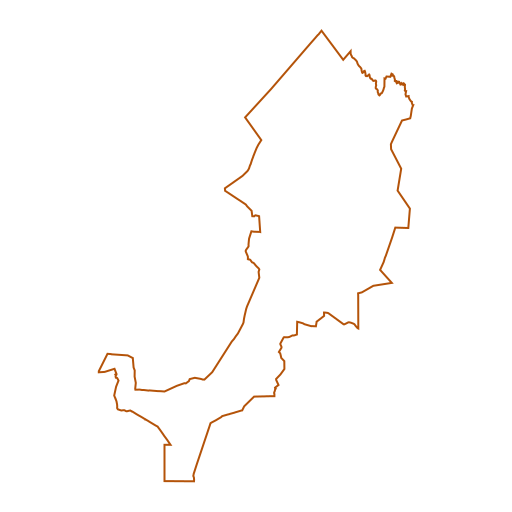 the district of Asunción Ixtaltepec, Oaxaca, Mexico
{"feature_id": "50627088B96030209859485", "entity_name": "Asunción Ixtaltepec", "entity_type": "district", "adm_level": 2, "iso_a3": "MEX", "parent_name": "Mexico", "parent_adm1": "Oaxaca", "projection": "equal_earth", "projection_center": [-94.983, 16.644], "detail": "fine", "context": "isolated", "style": "outline", "palette": "amber", "viewbox_px": 512, "rotation_deg": 0, "n_neighbors": 0, "source": "geoboundaries", "source_scale": "gbopen_adm2", "svg_char_len": 5833}
<svg xmlns="http://www.w3.org/2000/svg" viewBox="0 0 512 512"><path d="M278.5,385.0L276.2,380.0L276.1,379.0L280.4,374.5L284.4,369.0L284.3,361.1L281.3,358.0L281.1,357.2L280.8,355.7L280.2,353.3L278.9,352.0L279.5,351.0L280.4,349.5L281.4,347.9L281.5,347.4L281.5,347.0L281.3,346.4L280.4,344.4L280.3,344.0L280.3,343.7L281.2,342.0L283.7,337.4L284.1,337.2L287.0,337.3L288.2,337.2L289.5,336.9L292.1,335.6L292.7,335.4L293.6,335.5L294.6,335.3L296.9,334.5L296.9,333.9L297.2,321.8L299.8,322.4L302.2,323.1L302.9,323.3L304.4,324.2L311.3,326.2L311.7,326.1L315.9,326.3L316.6,322.0L316.6,321.7L324.1,315.9L324.0,312.5L324.7,312.5L327.6,312.9L328.4,313.2L343.6,324.3L344.1,324.4L345.7,323.7L348.4,322.3L349.2,322.3L350.6,322.6L352.8,323.4L353.9,323.9L354.6,324.4L355.3,325.5L357.0,327.5L357.7,328.2L358.3,328.5L358.2,295.9L358.1,293.3L361.8,292.4L373.3,285.8L391.8,282.9L380.1,269.9L383.6,262.2L384.5,259.3L384.9,257.8L385.8,255.8L392.1,237.6L395.3,227.6L408.3,228.0L409.9,208.6L397.6,190.6L401.2,168.7L391.1,149.2L390.9,144.2L391.9,141.9L402.0,120.5L406.0,119.5L410.2,118.3L410.8,115.8L411.3,112.4L411.9,108.5L413.2,105.2L412.7,105.2L411.8,102.8L411.9,101.8L410.9,101.2L409.4,99.0L408.6,96.9L408.6,96.1L406.2,96.5L405.5,94.3L406.1,91.1L405.3,91.1L404.8,90.4L405.1,89.2L404.8,87.0L405.0,84.7L404.7,84.5L404.5,84.2L404.1,84.5L403.8,84.8L403.4,84.9L403.3,83.3L402.2,83.6L402.2,84.2L401.5,84.3L401.4,84.1L401.2,84.7L401.1,84.0L400.6,84.6L400.3,84.5L400.2,83.4L400.1,83.1L399.8,82.9L399.4,82.9L399.1,82.4L399.1,81.8L398.5,81.7L398.4,82.6L396.8,83.3L396.4,82.3L396.8,81.7L396.4,81.0L395.8,81.0L395.5,81.4L394.8,81.0L394.9,79.4L394.3,77.7L394.3,76.9L393.7,75.8L392.3,75.7L392.7,74.4L391.5,73.7L390.3,76.8L386.5,76.5L385.5,78.7L384.5,78.4L384.4,86.7L384.2,87.2L384.1,87.4L383.9,87.9L383.7,88.8L383.1,90.6L382.4,92.0L382.1,92.7L381.7,93.2L381.4,93.4L381.0,93.4L380.6,93.6L380.4,93.9L380.1,94.6L379.8,95.1L379.4,95.4L378.5,94.5L378.3,93.9L378.2,93.1L377.8,92.3L377.7,91.9L377.8,90.8L377.8,90.4L377.2,89.5L376.9,89.2L376.6,88.9L376.2,88.8L375.9,88.5L375.7,88.0L375.8,87.0L375.9,86.4L376.0,85.9L376.2,85.3L376.1,84.7L376.0,84.4L375.9,83.5L376.2,81.7L376.1,81.2L375.9,80.7L375.5,80.5L375.1,80.4L374.6,80.7L374.2,80.8L373.3,80.9L372.8,80.3L372.4,79.9L371.9,79.1L371.5,78.7L370.9,78.8L370.6,78.6L370.0,77.7L369.6,76.1L369.6,75.4L369.5,75.0L369.1,74.5L367.3,76.1L366.9,76.0L366.5,76.1L366.0,76.1L365.7,75.8L365.5,75.3L365.5,74.8L365.6,74.3L365.3,73.0L365.2,72.2L365.1,71.8L365.0,71.5L364.8,71.1L364.7,70.8L364.2,70.9L363.8,71.9L362.8,72.7L362.5,72.9L362.2,72.7L361.6,70.5L361.5,69.7L361.4,69.0L361.3,68.5L361.0,68.1L360.6,67.7L360.3,67.2L360.0,66.9L359.2,66.2L358.8,65.7L358.1,64.7L357.5,63.5L357.3,62.8L357.1,62.0L356.7,61.3L356.3,60.7L355.9,60.3L355.4,59.7L355.0,59.4L353.9,58.3L353.3,58.1L352.7,57.7L352.1,57.2L351.9,56.5L351.6,55.8L351.2,55.2L350.6,53.7L350.6,51.2L343.2,59.8L321.5,30.7L318.4,34.6L317.8,35.0L313.4,40.1L310.3,43.6L271.1,89.0L245.1,117.4L261.3,140.1L258.4,144.6L256.6,148.1L254.8,152.5L253.6,155.6L253.3,156.2L253.3,156.3L253.2,156.8L252.1,159.6L251.1,162.7L250.5,164.6L250.1,165.1L249.0,168.5L248.4,169.6L247.8,170.6L247.4,171.1L242.5,175.9L224.9,188.3L225.1,190.8L245.8,204.5L247.2,206.4L251.6,210.8L252.3,216.2L254.2,216.3L254.6,215.9L255.2,215.4L255.8,215.3L256.3,215.5L257.5,215.8L258.2,215.9L259.1,216.2L260.2,232.0L259.8,231.9L259.4,231.9L253.8,231.7L251.4,231.3L249.1,238.5L248.9,240.2L248.5,244.6L248.6,246.1L248.4,246.5L248.3,246.8L246.1,249.8L246.0,250.1L245.8,250.5L245.7,250.8L245.7,251.0L245.7,251.3L245.9,251.9L247.7,256.1L247.8,256.4L247.9,256.9L247.9,258.4L248.0,258.8L247.9,259.1L248.3,259.4L249.0,259.4L249.6,259.5L250.3,259.9L252.0,262.3L253.3,262.8L254.0,263.3L255.5,265.2L256.4,266.2L257.4,267.2L258.3,268.0L258.8,268.6L259.3,269.4L259.0,270.6L258.6,271.9L259.3,277.7L259.1,278.3L247.0,306.5L246.2,308.9L244.7,315.3L244.0,318.8L243.5,322.5L242.9,324.0L237.9,333.5L235.7,336.4L234.0,339.0L231.8,341.5L212.2,372.2L204.4,379.6L202.5,379.5L201.8,379.2L200.3,378.8L194.8,377.8L189.7,379.1L188.9,381.1L185.8,383.4L184.4,383.2L176.9,385.8L175.6,386.4L164.5,391.5L160.7,391.2L157.6,391.1L149.2,390.4L148.7,390.6L143.8,390.0L142.0,390.0L139.7,389.6L135.4,389.7L135.2,388.7L135.8,382.9L134.6,376.6L134.7,370.6L134.7,370.4L133.6,367.5L132.8,358.0L132.1,357.7L127.7,355.4L111.5,354.3L111.1,354.1L107.5,353.8L98.8,371.2L98.8,372.3L104.7,371.9L114.5,368.8L116.5,374.0L115.4,374.5L115.9,375.2L115.7,375.3L115.6,376.8L115.8,377.0L115.9,377.7L117.0,377.9L117.4,378.4L118.5,380.6L116.1,386.7L114.2,395.5L114.7,396.8L115.2,398.1L115.5,398.4L115.5,398.9L115.9,399.7L116.5,401.4L116.9,403.5L117.1,404.6L117.2,406.2L117.2,407.1L117.1,408.0L117.8,409.3L120.4,410.2L121.4,410.5L122.7,410.3L123.9,410.2L124.6,410.3L125.5,410.9L126.0,411.1L126.4,411.2L126.8,411.3L129.7,410.6L130.3,410.5L131.5,411.3L131.6,411.2L132.9,411.9L133.7,412.4L136.4,414.1L138.6,415.4L140.8,416.6L141.6,417.1L142.7,417.7L143.7,418.4L144.5,418.8L145.4,419.3L145.4,419.5L145.5,419.5L145.9,419.7L147.6,420.6L149.8,422.0L152.8,423.8L155.6,425.5L157.7,426.6L157.9,427.0L160.2,430.1L163.7,435.1L163.9,435.5L164.0,435.6L167.1,439.8L170.5,444.8L164.5,444.8L164.5,481.1L194.0,481.3L194.1,479.7L194.0,478.8L194.0,478.1L193.8,477.2L193.5,476.5L193.3,475.9L193.5,475.1L193.7,473.8L193.9,473.2L196.8,464.2L201.5,450.2L203.9,443.0L208.1,430.5L208.1,430.3L208.2,430.2L209.7,425.7L210.5,423.2L211.8,422.4L212.2,422.2L215.8,420.3L221.2,417.1L221.6,416.7L222.0,416.3L222.2,416.1L224.4,415.5L224.9,415.3L225.1,415.3L227.4,414.6L229.5,414.1L229.9,413.9L234.3,412.7L235.4,412.3L237.5,411.7L241.1,410.6L242.2,410.4L244.2,406.3L254.1,396.6L263.0,396.4L264.0,396.4L266.1,396.3L270.8,396.2L274.4,396.2L274.4,393.9L274.1,393.1L274.2,392.3L274.5,391.8L274.9,390.6L275.0,389.8L275.3,389.1L275.6,388.8L275.3,388.6L275.1,388.2L275.0,387.7L278.5,385.0Z" fill="none" stroke="#b45309" stroke-width="2"/></svg>